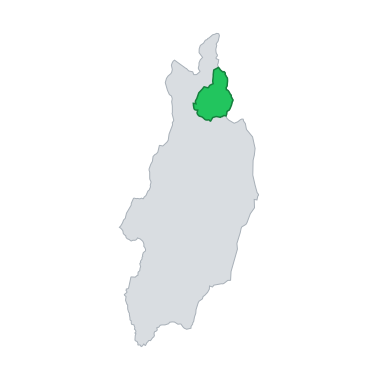 Sühbaatar highlighted on a map of Mongolia, rotated 279°
{"feature_id": "MNG-3333", "entity_name": "Sühbaatar", "entity_type": "Province", "adm_level": 1, "iso_a3": "MNG", "parent_name": "Mongolia", "parent_adm1": "", "projection": "robinson", "projection_center": [113.466, 46.275], "detail": "fine", "context": "in_parent", "style": "filled", "palette": "green", "viewbox_px": 384, "rotation_deg": 279, "n_neighbors": 0, "source": "natural_earth", "source_scale": "10m", "svg_char_len": 5816}
<svg xmlns="http://www.w3.org/2000/svg" viewBox="0 0 384 384"><g transform="rotate(279 192 192)"><path d="M32.6,162.4L33.8,162.4L35.7,161.2L36.1,159.7L36.8,158.8L41.3,158.4L43.2,158.8L43.6,157.8L44.0,157.7L45.0,158.5L46.0,158.2L46.8,157.8L47.5,156.6L49.0,156.8L51.7,155.4L51.9,153.1L53.0,152.5L55.3,152.1L55.8,151.0L56.3,150.7L58.0,150.4L61.1,149.3L62.5,149.1L63.6,148.1L66.4,146.8L70.4,146.1L70.8,145.4L74.6,143.3L78.4,143.2L79.6,141.4L80.2,141.2L82.6,143.4L83.8,143.1L84.3,142.3L85.9,142.3L86.4,143.8L87.2,144.4L98.4,145.0L98.7,145.6L99.0,149.2L100.9,150.8L101.3,151.6L104.4,151.3L106.1,152.7L108.8,152.6L110.1,153.0L112.9,151.7L113.5,151.7L114.2,152.4L115.6,151.9L117.9,153.1L119.8,152.9L120.7,153.4L121.9,153.0L124.5,153.4L126.6,155.3L128.1,155.1L130.0,153.9L130.6,153.0L133.2,152.6L134.8,151.7L135.8,150.9L137.5,148.2L138.1,145.3L136.8,144.9L135.7,143.9L135.2,142.4L135.2,141.3L134.1,139.7L134.3,138.9L135.2,137.5L135.7,135.3L136.8,134.0L138.6,133.3L138.9,132.4L140.1,130.7L143.0,129.7L144.8,127.7L145.8,125.8L147.1,126.8L150.6,128.2L153.6,128.8L155.5,130.2L160.8,130.6L169.5,134.0L171.3,133.8L176.5,135.2L176.9,135.7L176.7,138.2L177.1,138.9L177.1,141.7L178.0,143.0L177.6,144.7L178.0,145.2L179.3,145.4L181.3,147.1L186.0,148.3L187.3,149.4L190.5,150.2L192.2,149.7L194.9,150.0L195.9,149.8L197.7,148.5L198.9,148.1L205.1,147.1L206.8,146.2L208.0,146.0L212.8,146.9L216.1,148.1L221.0,148.0L223.2,149.5L224.1,150.8L226.0,152.0L232.7,152.5L233.0,152.8L232.9,155.8L233.1,156.2L237.4,159.5L239.4,160.4L245.6,160.3L255.2,162.3L257.4,161.7L259.4,162.7L260.2,162.7L266.5,160.0L267.4,160.2L273.9,159.1L278.0,157.8L281.1,157.9L283.6,156.7L284.7,154.4L288.7,151.8L295.8,148.5L300.2,149.0L302.8,150.2L305.5,152.5L307.1,153.2L309.9,153.4L314.0,151.8L316.2,152.2L318.2,152.9L319.5,154.1L313.2,166.5L313.1,167.2L311.1,169.8L310.8,173.9L308.2,175.4L308.6,177.8L309.2,178.6L312.1,181.0L313.0,180.7L313.8,179.7L315.4,178.8L318.2,179.1L320.7,178.7L323.8,179.5L326.6,181.4L330.7,177.2L334.5,176.7L338.1,177.3L340.8,180.1L344.0,181.4L344.9,183.0L346.2,183.7L346.6,184.5L350.5,187.8L351.4,189.9L352.5,191.4L352.6,193.0L352.3,193.8L350.7,194.6L345.2,194.2L341.9,192.7L340.7,193.5L336.6,193.2L334.2,193.8L332.6,194.4L331.6,195.5L330.9,195.7L330.2,195.7L328.9,194.8L327.8,194.9L327.5,195.0L326.8,197.7L323.2,197.7L322.0,197.3L319.0,198.6L318.6,199.6L317.0,201.0L315.5,203.7L315.8,204.8L315.4,205.5L312.7,206.9L310.2,209.0L304.9,209.9L302.4,210.1L300.6,209.5L298.8,209.9L297.4,212.3L293.9,215.2L288.9,218.1L279.9,216.3L278.8,215.9L276.9,214.1L271.6,214.0L270.1,215.2L268.8,217.0L266.5,222.9L268.5,226.2L270.9,228.4L271.9,229.9L271.9,231.2L270.2,231.8L267.9,234.0L262.3,236.0L255.9,243.2L244.9,247.5L238.1,247.8L232.8,247.4L218.2,249.4L208.7,253.2L201.6,256.4L200.1,258.0L199.3,258.2L198.1,257.6L194.3,257.4L194.4,254.6L186.2,256.2L179.7,253.0L170.3,251.1L168.4,250.3L165.4,246.7L163.7,246.2L159.5,246.0L148.2,244.4L142.7,245.8L119.5,243.0L111.0,243.9L110.7,243.6L110.3,241.2L106.6,237.7L106.1,236.8L106.0,235.4L103.4,228.2L101.4,227.1L101.9,224.0L98.8,224.3L95.4,223.1L92.1,220.9L90.5,219.3L88.1,219.0L85.3,216.1L83.9,215.5L76.5,214.4L72.8,214.7L68.9,214.0L64.3,213.9L62.9,213.2L61.6,213.3L59.1,212.1L57.3,212.3L55.6,208.2L56.3,205.6L57.4,204.1L59.8,201.8L59.8,200.9L59.2,198.8L60.8,195.1L60.6,192.8L59.8,190.2L58.3,189.6L56.5,186.1L56.1,183.3L55.4,181.4L53.2,180.3L52.7,178.6L52.0,178.5L51.4,179.0L50.1,179.2L48.8,178.2L48.2,177.0L47.4,176.7L45.9,176.7L44.5,177.3L43.0,177.0L41.9,175.9L38.7,174.3L38.7,173.1L38.3,172.2L37.3,172.0L36.4,171.1L33.2,170.1L33.2,169.5L34.3,168.2L32.2,167.1L31.4,166.0L32.9,164.5L32.5,163.5L32.6,162.4Z" fill="#d9dde1" stroke="#a8b0b8" stroke-width="1"/><path d="M319.2,198.5L318.9,199.0L318.6,199.4L317.0,200.9L315.5,203.4L315.5,203.7L315.6,204.1L315.8,204.4L315.9,204.7L315.7,205.1L315.1,205.9L314.9,206.1L314.4,206.3L314.2,206.3L313.5,206.3L313.4,206.3L313.2,206.5L311.1,208.1L310.3,208.9L310.1,209.1L309.8,209.2L308.1,209.6L306.7,209.8L304.6,209.9L302.6,210.1L302.3,210.1L300.6,209.5L300.2,209.4L299.9,209.5L298.5,210.0L298.4,210.0L298.3,210.7L298.2,211.0L297.9,211.6L297.4,212.3L295.3,214.0L294.8,214.3L294.6,214.4L294.5,214.6L294.3,214.9L294.0,215.3L293.7,215.6L293.3,215.7L292.8,215.8L292.2,215.9L292.0,216.0L291.4,216.5L290.4,217.2L289.8,217.8L289.4,218.1L289.1,218.1L288.3,218.1L288.2,218.0L287.9,217.8L287.7,217.7L283.9,217.4L283.0,217.1L282.6,217.1L280.3,216.5L278.9,216.0L278.7,215.8L278.4,215.5L278.0,214.9L277.2,214.2L276.9,214.0L276.6,213.9L273.8,214.0L272.8,213.7L272.5,213.7L272.5,212.9L272.5,212.4L272.5,211.7L272.4,211.2L272.1,210.9L271.9,210.8L271.7,210.6L271.4,210.4L271.3,210.2L271.1,209.4L271.0,209.1L270.7,208.8L270.4,208.7L270.2,208.4L270.2,208.0L270.4,204.7L270.3,204.1L270.1,203.5L269.2,201.7L269.0,201.2L268.9,201.0L268.7,200.8L265.0,199.3L264.9,199.0L265.0,198.8L265.1,198.6L265.7,197.8L265.8,197.6L265.9,197.3L265.9,197.1L265.8,196.8L265.5,195.9L265.4,195.4L265.4,195.2L265.4,194.2L265.6,193.7L265.8,193.2L266.8,191.8L267.5,190.6L267.8,189.8L268.1,187.4L268.3,187.1L268.4,186.7L268.8,186.2L269.8,185.2L270.1,185.0L270.5,184.8L271.0,184.6L271.3,184.6L272.6,184.8L273.8,184.8L273.6,184.1L273.6,183.5L273.6,183.1L273.6,182.5L273.7,182.2L273.8,181.8L273.9,181.7L274.1,181.5L274.2,181.3L274.5,181.1L275.0,180.8L278.1,179.8L278.6,179.8L278.8,179.7L279.0,179.6L279.8,179.4L279.9,180.6L279.8,182.1L281.5,181.3L281.9,181.2L282.2,181.2L282.5,181.2L283.0,181.3L284.9,182.1L291.0,183.2L295.6,186.3L297.4,187.2L297.6,187.3L297.7,187.5L297.8,187.8L297.5,190.1L297.5,191.1L297.5,191.4L297.6,191.7L297.8,191.9L297.9,192.0L298.1,192.1L299.2,192.5L299.5,192.6L299.8,192.8L300.1,193.0L300.4,193.3L301.0,194.1L302.3,196.0L304.0,195.3L304.9,195.1L309.5,194.9L311.4,194.6L315.7,194.4L315.9,194.5L316.1,194.6L318.3,197.6L319.2,198.5L319.2,198.5Z" fill="#22c55e" stroke="#15803d" stroke-width="1.5"/></g></svg>